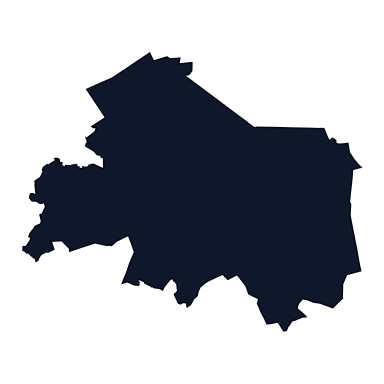 the district of Pāles pag., Limbaži, Latvia
{"feature_id": "27541924B47846547362039", "entity_name": "Pāles pag.", "entity_type": "district", "adm_level": 2, "iso_a3": "LVA", "parent_name": "Latvia", "parent_adm1": "Limbaži", "projection": "albers", "projection_center": [24.703, 57.696], "detail": "fine", "context": "isolated", "style": "filled", "palette": "ink", "viewbox_px": 384, "rotation_deg": 0, "n_neighbors": 0, "source": "geoboundaries", "source_scale": "gbopen_adm2", "svg_char_len": 5653}
<svg xmlns="http://www.w3.org/2000/svg" viewBox="0 0 384 384"><path d="M69.7,251.1L89.0,244.7L94.9,242.8L101.2,244.2L107.1,245.3L109.3,245.0L111.0,245.5L111.5,245.5L116.1,241.3L127.4,235.7L129.5,235.9L129.1,236.8L134.6,251.9L133.1,255.5L131.9,258.3L129.7,263.5L128.3,267.8L127.4,270.7L123.5,280.3L122.4,283.3L125.3,282.2L127.3,281.7L134.0,284.7L134.3,284.6L134.5,284.6L134.7,284.8L134.9,285.0L135.2,285.0L135.4,285.0L135.9,284.9L136.3,284.9L137.4,285.2L138.2,285.2L138.6,285.1L138.8,285.0L138.9,284.7L138.7,283.6L138.7,283.4L138.9,282.9L139.0,282.5L138.9,282.2L138.8,281.7L138.7,281.6L138.5,281.3L137.9,280.9L137.6,280.5L137.5,280.4L137.6,280.1L137.6,279.9L137.9,279.6L138.1,279.4L138.7,279.3L138.9,279.3L139.0,279.2L145.1,282.0L145.0,283.2L145.6,283.1L146.0,283.4L146.7,283.8L147.0,284.1L149.4,285.3L150.0,285.6L151.4,286.1L151.9,286.8L152.3,286.5L153.0,286.1L153.3,286.8L153.8,287.5L154.3,287.7L156.1,287.8L157.4,288.1L158.6,288.2L160.8,288.8L162.5,290.0L162.6,289.8L164.1,286.7L167.1,282.9L168.0,281.9L168.4,281.3L169.4,280.0L169.8,279.7L172.7,278.1L174.0,281.1L174.4,281.3L175.3,281.6L175.6,281.9L176.0,282.7L176.9,284.3L177.1,284.8L177.2,287.0L177.4,288.8L177.8,290.7L177.9,291.1L175.7,293.3L174.5,294.4L175.5,296.9L176.8,299.4L177.1,300.3L178.3,302.8L178.7,303.2L178.8,303.1L180.0,303.2L180.3,303.9L182.2,302.8L183.4,302.5L186.1,302.6L186.3,302.7L186.5,303.0L186.8,304.6L187.1,306.2L187.2,306.8L190.0,305.0L190.2,304.8L191.4,303.0L191.7,302.3L193.5,298.9L196.1,296.6L196.9,295.9L197.1,295.6L197.9,291.7L200.0,287.0L205.7,282.3L206.9,281.6L208.7,280.6L214.1,278.1L217.0,276.6L217.9,276.3L218.7,276.0L223.1,274.1L224.4,275.8L224.7,276.2L224.8,276.3L224.9,276.5L225.3,276.3L227.8,279.3L234.2,276.1L237.1,274.6L238.8,276.5L246.2,286.0L248.7,293.7L254.6,296.7L258.9,298.7L257.5,303.6L260.0,308.6L259.8,308.9L261.6,312.9L262.7,315.0L264.2,317.7L264.7,318.7L266.3,322.3L267.1,323.8L268.9,323.7L278.0,322.0L280.6,325.9L282.0,328.2L283.8,330.9L285.9,330.4L286.3,330.4L286.4,330.1L286.7,329.5L286.8,329.1L287.8,326.5L288.0,326.2L289.3,324.9L289.5,324.6L289.8,324.2L290.8,322.3L291.1,322.0L291.6,321.4L292.7,320.4L294.6,320.2L302.0,317.1L302.6,316.9L305.9,316.8L305.8,316.5L304.7,315.4L302.3,313.2L296.9,308.6L297.4,307.1L297.5,306.6L297.8,304.5L298.3,303.8L298.5,303.5L301.3,300.1L302.0,299.4L302.4,298.9L302.7,298.7L302.9,298.7L305.0,299.1L308.6,300.0L310.6,300.9L310.8,300.9L314.1,302.2L317.3,302.6L320.4,303.1L324.6,304.7L326.2,305.2L332.7,307.7L332.8,307.5L334.1,306.3L340.1,300.3L342.5,298.1L342.3,297.9L342.2,297.6L342.2,296.6L342.3,293.8L342.5,284.1L343.6,281.6L346.2,275.4L345.8,275.1L345.6,274.8L346.6,274.6L360.2,270.8L360.6,270.8L360.3,269.1L360.2,269.2L358.9,262.5L358.7,261.4L358.4,259.7L358.3,259.4L356.3,247.8L355.8,245.3L355.7,244.9L355.6,244.6L354.9,241.0L354.4,238.3L353.4,233.0L352.7,229.6L350.7,219.4L350.0,215.0L349.9,214.7L350.0,213.4L350.4,207.5L350.6,204.8L350.6,204.5L350.5,204.2L350.4,203.9L349.5,202.3L349.4,202.0L349.4,201.4L349.8,197.6L350.1,194.2L350.2,193.8L351.8,179.5L352.3,173.0L352.2,172.6L352.6,169.5L352.6,169.4L354.1,169.0L361.0,167.3L358.5,165.0L353.9,159.6L351.8,156.4L350.7,154.6L349.4,152.8L347.8,143.4L345.2,143.8L339.7,144.3L336.8,143.8L335.6,142.7L335.7,140.5L332.4,138.3L329.2,141.0L327.2,137.0L325.1,131.9L323.8,128.6L316.1,128.6L309.8,128.4L289.8,128.0L280.0,127.7L276.3,127.6L256.2,127.3L255.7,128.0L254.5,127.7L254.0,127.7L253.3,127.2L247.9,123.2L247.6,123.0L247.6,122.9L247.4,122.6L240.7,117.7L196.8,84.8L193.8,82.6L184.7,75.8L184.7,75.0L188.4,74.7L190.1,73.1L190.9,71.7L191.7,70.6L191.9,62.7L178.7,64.0L179.5,59.7L179.7,58.1L177.4,58.4L174.7,58.6L172.6,58.8L171.1,58.9L170.2,58.9L169.7,58.7L168.8,58.2L167.5,57.2L167.1,57.0L161.3,58.7L160.7,58.9L153.5,61.1L149.6,53.1L143.4,57.3L123.0,71.0L112.3,78.1L98.7,84.0L91.2,87.4L86.8,89.4L92.8,98.3L100.3,109.7L105.6,117.6L103.7,118.9L99.2,121.8L98.1,122.6L96.9,123.3L92.0,126.5L93.1,127.4L95.0,127.6L96.0,127.4L97.0,127.5L96.5,128.2L96.3,128.5L95.5,130.5L95.2,131.5L94.8,132.0L86.5,138.4L86.5,138.6L86.4,138.5L86.7,139.7L87.0,140.3L87.3,141.3L87.8,142.1L88.3,143.1L86.5,143.2L85.7,146.0L90.0,148.5L91.7,149.5L94.4,151.3L97.3,154.7L97.8,154.8L99.4,154.9L99.7,155.0L100.3,155.3L100.4,155.5L100.8,156.0L101.3,156.8L101.6,157.4L102.6,157.3L103.3,157.5L103.4,157.9L103.7,158.2L103.6,159.8L103.7,164.0L103.7,167.1L104.0,167.6L102.5,168.9L101.8,168.9L101.8,168.3L101.1,167.9L100.8,168.2L100.2,167.8L99.5,167.1L97.8,166.3L96.0,165.6L93.5,164.3L93.0,164.7L91.1,164.5L90.9,165.5L89.1,165.2L88.3,167.0L87.8,166.9L87.5,167.6L82.9,166.9L82.4,169.0L78.8,168.1L78.9,167.0L77.0,167.0L76.5,164.6L71.7,165.3L70.9,166.1L69.1,165.7L65.7,165.6L64.9,167.2L63.4,166.8L61.3,164.8L62.0,162.9L60.7,162.8L59.3,161.9L59.1,159.4L57.4,158.5L55.3,158.5L54.8,158.7L56.2,160.2L47.8,165.5L47.1,164.7L44.4,166.9L44.1,166.9L43.1,167.9L43.1,168.5L42.8,169.1L42.6,169.6L43.3,171.9L40.6,177.2L39.5,178.3L37.6,179.4L36.2,180.3L35.0,181.4L35.5,183.5L35.1,184.4L36.1,194.4L33.8,194.5L32.9,193.7L30.4,194.0L30.1,195.6L29.7,197.5L29.7,197.9L32.0,200.8L34.2,201.0L35.9,200.9L40.3,203.4L43.0,202.8L44.3,202.5L44.4,202.4L44.9,204.4L45.6,206.9L44.3,209.4L43.4,211.5L42.5,213.5L42.4,213.6L42.4,214.1L41.3,214.4L40.0,214.8L41.5,220.9L40.7,224.0L35.5,226.2L34.4,227.7L33.5,229.2L32.7,230.1L30.4,233.0L28.9,236.4L30.9,237.7L30.4,240.0L29.4,241.9L26.0,246.6L25.8,246.7L23.2,246.6L23.1,248.7L23.1,249.6L23.0,250.4L24.1,250.4L26.9,253.0L27.8,252.2L32.1,256.3L33.8,257.8L34.8,257.1L36.1,261.3L37.8,260.2L38.7,257.9L40.6,254.9L40.8,254.6L45.1,252.2L45.3,252.1L48.7,251.8L53.8,249.3L52.4,245.4L52.5,245.4L51.1,241.3L54.5,241.0L61.9,240.6L69.7,248.6L69.7,251.1Z" fill="#0f172a" stroke="#020617" stroke-width="1.5"/></svg>